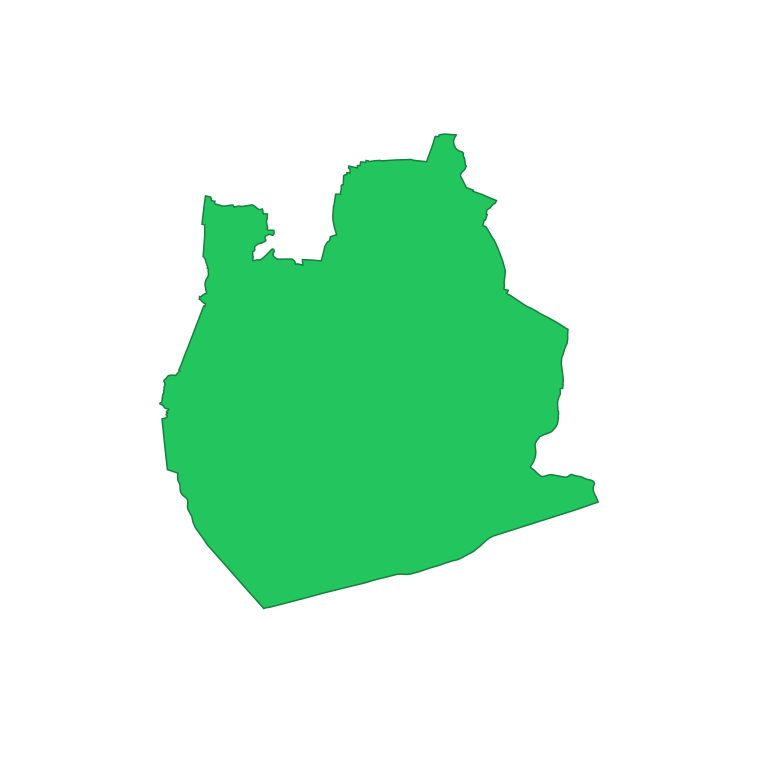 the district of Cau Ngang, Trà Vinh, Vietnam, rotated 117°
{"feature_id": "81297802B90196015208533", "entity_name": "Cau Ngang", "entity_type": "district", "adm_level": 2, "iso_a3": "VNM", "parent_name": "Vietnam", "parent_adm1": "Trà Vinh", "projection": "mercator", "projection_center": [106.416, 9.786], "detail": "fine", "context": "isolated", "style": "filled", "palette": "green", "viewbox_px": 768, "rotation_deg": 117, "n_neighbors": 0, "source": "geoboundaries", "source_scale": "gbopen_adm2", "svg_char_len": 6147}
<svg xmlns="http://www.w3.org/2000/svg" viewBox="0 0 768 768"><g transform="rotate(117 384 384)"><path d="M638.7,389.3L636.7,387.2L634.3,383.9L610.4,357.0L599.4,344.9L587.1,330.8L569.4,310.2L563.4,304.1L547.8,286.1L545.7,282.8L544.7,280.1L542.9,276.4L541.0,273.8L535.6,267.8L527.1,259.6L519.8,251.8L516.8,248.9L515.8,248.2L514.3,246.4L510.5,242.8L508.0,239.6L506.6,238.2L502.7,235.2L497.2,231.6L495.4,230.1L491.5,227.7L487.6,226.1L485.4,225.0L477.2,222.0L473.2,220.1L469.5,217.3L408.1,155.1L391.9,139.6L388.7,143.4L385.1,148.1L383.3,149.6L380.5,150.9L378.0,151.1L376.9,151.4L376.0,152.5L375.6,153.9L375.6,155.4L376.9,160.3L377.2,166.3L379.2,173.0L379.2,174.9L379.4,175.7L379.8,176.4L383.1,178.3L384.0,179.0L384.9,180.6L388.8,193.8L390.6,196.4L393.1,198.8L394.4,200.7L394.9,201.9L394.8,203.2L393.7,207.7L392.5,211.4L391.9,214.6L391.6,215.5L391.1,216.1L387.5,215.6L384.6,215.5L379.7,216.2L376.0,217.7L372.4,219.9L371.2,220.9L368.8,222.2L366.6,222.3L364.2,222.1L362.4,221.5L360.6,221.5L360.0,221.2L356.2,218.2L353.4,215.4L350.4,213.1L349.6,212.8L348.6,212.4L348.0,212.5L345.4,211.6L342.9,211.4L340.4,211.5L337.0,212.6L334.9,213.4L334.3,214.0L332.7,214.6L331.6,214.8L330.9,215.1L329.2,216.2L328.2,217.3L322.3,220.7L320.8,221.3L316.7,222.2L314.5,222.2L313.0,222.4L312.3,222.6L309.0,224.6L308.3,224.7L307.8,224.5L307.0,222.9L305.6,223.2L303.8,223.9L302.0,224.9L300.5,225.4L296.2,227.8L285.6,235.2L279.9,237.6L276.4,237.9L270.6,239.0L264.7,239.3L260.6,240.7L256.0,243.1L251.7,244.9L251.8,247.2L251.1,252.9L250.5,262.3L250.3,277.6L249.9,281.3L249.8,287.3L250.0,291.0L249.7,295.2L247.8,311.2L247.6,315.9L246.7,315.7L244.1,315.7L244.5,317.4L245.2,319.8L245.0,320.3L241.2,321.6L240.3,322.4L238.0,323.5L232.1,325.6L227.9,327.4L220.3,334.3L212.4,343.0L209.5,346.4L205.7,351.3L204.8,353.0L204.6,353.7L201.9,357.7L197.7,364.4L197.6,365.8L198.2,367.3L198.2,367.9L192.7,369.0L192.3,368.9L191.8,368.1L186.0,369.0L186.1,370.1L182.0,371.3L179.3,369.6L174.9,368.5L172.3,367.0L169.5,367.0L170.4,377.8L170.5,382.3L171.6,389.5L171.9,392.6L171.3,392.7L171.0,392.4L170.7,392.7L171.6,399.9L166.4,406.7L164.4,409.8L163.5,410.6L162.0,410.9L160.4,410.8L157.2,409.8L155.3,409.4L153.2,409.6L152.7,409.4L151.7,411.0L150.5,412.3L150.2,412.2L149.6,412.4L146.8,414.4L144.4,417.2L142.8,417.7L142.4,417.9L141.7,419.8L142.3,422.6L142.0,425.6L141.3,427.3L139.0,430.2L137.0,431.7L135.1,432.6L133.2,432.9L129.7,432.6L129.3,432.6L129.3,432.8L129.7,434.1L131.3,437.5L133.5,442.9L134.1,443.9L136.1,446.9L137.4,448.0L138.2,447.8L138.8,447.5L139.9,450.4L140.3,450.7L150.4,449.0L166.6,447.0L171.2,459.0L171.4,459.7L171.4,460.6L171.7,461.9L178.8,474.8L185.8,486.7L186.6,488.2L186.4,488.6L187.4,490.5L189.5,494.0L191.7,496.9L192.6,498.6L192.3,499.2L192.4,499.8L193.0,501.4L194.3,500.9L194.8,500.9L196.3,504.8L196.8,505.6L200.2,504.5L201.5,506.8L203.6,506.0L205.8,514.3L207.8,513.5L207.8,512.0L211.4,509.9L211.7,511.3L212.5,513.1L214.2,512.2L215.5,513.9L217.0,514.5L224.9,510.7L226.0,512.1L226.6,512.1L227.5,511.8L229.5,510.7L231.0,510.1L233.3,509.7L234.7,509.0L236.6,513.0L236.8,513.2L237.1,513.2L247.0,509.8L248.2,509.7L249.0,509.5L257.5,505.9L260.6,504.2L263.2,502.3L267.3,499.0L272.6,493.9L274.3,495.9L277.1,498.6L280.4,497.8L281.6,497.8L282.9,498.7L284.7,499.1L286.0,499.1L288.5,499.2L291.5,498.3L302.8,495.8L306.0,503.8L309.4,511.4L310.2,513.1L311.1,512.7L314.9,510.4L316.1,515.2L317.3,517.2L315.3,519.2L314.5,521.6L314.5,522.8L319.8,533.0L321.2,535.9L321.1,537.1L320.9,538.4L320.2,540.4L319.8,541.1L318.2,542.1L317.1,541.8L315.7,542.0L314.4,543.1L314.2,543.9L314.3,544.6L314.8,545.1L322.6,547.5L327.8,549.5L328.9,550.1L330.1,551.4L330.9,553.2L333.4,556.3L333.5,556.8L332.2,557.5L329.5,558.6L328.4,559.7L325.9,561.0L325.6,561.0L324.8,560.2L322.9,560.0L322.2,560.7L320.2,561.5L318.7,561.0L315.5,559.2L314.9,558.5L314.7,557.7L312.3,555.7L310.9,554.8L310.0,554.5L309.5,554.5L309.1,554.8L308.2,556.0L307.6,556.5L306.9,556.8L305.9,556.7L302.8,554.4L302.6,553.8L302.2,551.1L301.9,550.6L300.5,550.2L299.1,550.6L297.1,551.9L297.9,553.8L299.4,556.5L299.6,557.3L298.8,558.7L298.3,558.8L297.5,558.6L295.6,560.4L292.8,562.4L288.3,563.7L285.5,565.0L285.9,566.2L287.3,568.8L284.7,570.6L283.6,571.5L283.3,572.0L284.4,573.0L285.2,574.5L285.2,575.9L284.2,580.5L284.2,582.7L284.5,583.3L285.1,583.9L288.2,588.3L289.9,590.5L290.3,591.2L291.4,594.2L292.1,595.2L293.8,597.2L294.4,597.5L293.2,599.9L293.5,600.6L297.8,606.7L299.0,608.9L298.9,609.0L298.9,609.8L300.3,616.3L300.1,616.6L299.4,617.2L297.9,617.6L298.4,618.8L298.9,620.9L298.2,621.7L297.1,622.0L296.1,623.8L296.7,625.8L297.3,628.3L297.5,628.4L307.2,625.1L324.3,618.7L323.5,615.9L333.7,610.9L352.4,603.1L352.6,602.9L352.9,601.5L354.0,600.0L355.4,598.5L356.9,597.3L360.0,594.1L360.3,593.8L361.0,594.1L361.5,592.7L361.9,592.4L363.2,592.0L365.4,590.5L366.4,590.0L368.2,589.6L371.1,589.9L373.2,589.8L376.3,588.9L378.1,587.7L379.2,586.6L380.5,585.9L383.2,583.6L383.7,583.4L384.1,583.5L385.4,584.9L386.1,585.4L388.0,586.3L389.4,586.7L389.8,588.1L390.9,587.5L392.4,587.1L392.2,585.4L393.1,583.9L393.6,581.0L393.7,579.4L394.1,579.2L396.0,578.9L396.2,579.1L396.2,579.8L396.4,580.0L397.7,579.9L443.0,575.1L444.6,575.1L459.6,573.4L464.1,573.1L464.9,573.0L464.8,572.0L465.1,571.8L467.2,572.6L471.1,573.6L471.3,573.9L471.4,574.8L473.0,578.2L473.6,578.5L474.1,579.6L474.4,579.9L478.8,580.9L479.9,581.5L481.0,581.6L481.4,581.5L482.5,579.9L484.3,578.8L484.8,578.6L486.6,578.6L488.0,577.7L490.2,577.2L491.9,576.1L492.9,576.1L493.6,576.4L496.1,575.6L498.3,574.7L501.3,573.8L501.6,573.8L502.1,574.5L502.8,574.9L503.3,574.9L503.5,574.5L503.4,572.1L503.7,570.8L504.9,568.4L504.8,567.1L504.1,564.8L504.7,564.1L505.2,564.2L506.5,565.1L507.1,565.2L508.0,565.0L508.0,563.6L508.3,563.6L509.6,564.3L510.0,564.4L510.3,564.1L510.9,562.6L511.3,562.3L511.8,562.3L514.4,564.0L515.8,566.0L542.3,548.9L558.6,538.1L557.0,527.2L560.0,526.0L562.4,524.7L563.5,523.7L566.5,520.0L570.4,517.8L572.1,516.6L573.6,514.9L574.4,513.2L575.5,508.2L576.2,506.7L577.8,505.4L582.6,503.4L583.5,502.9L584.1,502.4L585.4,500.8L589.2,495.2L593.6,491.7L597.0,487.7L598.4,485.5L602.6,477.1L607.5,468.4L616.9,444.3L627.5,417.8L637.6,391.8L638.7,389.3Z" fill="#22c55e" stroke="#15803d" stroke-width="1.5"/></g></svg>